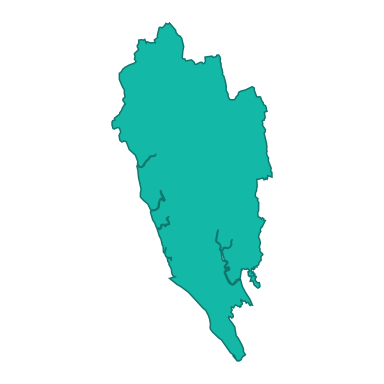 outline of Maungdaw, Rakhine, Myanmar
{"feature_id": "60261553B63127450973926", "entity_name": "Maungdaw", "entity_type": "district", "adm_level": 2, "iso_a3": "MMR", "parent_name": "Myanmar", "parent_adm1": "Rakhine", "projection": "natural_earth1", "projection_center": [92.495, 20.966], "detail": "fine", "context": "isolated", "style": "filled", "palette": "teal", "viewbox_px": 384, "rotation_deg": 0, "n_neighbors": 0, "source": "geoboundaries", "source_scale": "gbopen_adm2", "svg_char_len": 6033}
<svg xmlns="http://www.w3.org/2000/svg" viewBox="0 0 384 384"><path d="M252.2,86.7L245.6,89.9L240.3,91.3L238.7,92.4L237.9,95.3L236.3,96.6L235.2,98.9L234.0,99.8L229.8,99.6L228.2,96.7L228.0,93.8L226.0,90.0L226.3,86.6L225.5,82.2L223.8,76.1L222.5,74.8L222.7,72.9L222.2,69.9L221.1,66.7L221.0,63.4L220.1,61.1L220.5,59.1L219.8,56.6L218.6,55.0L217.0,55.0L216.1,56.7L213.3,57.4L212.0,56.1L205.0,57.1L205.4,61.4L204.5,63.3L203.2,63.8L202.2,62.4L200.3,62.3L196.1,64.4L195.0,64.3L194.2,62.3L191.6,59.9L185.8,60.9L184.8,58.9L182.6,58.6L182.3,57.5L182.8,50.9L183.7,46.7L181.7,38.4L180.1,36.2L178.0,35.2L176.0,32.4L175.6,30.2L169.5,23.0L168.9,23.8L167.5,24.0L165.9,23.4L164.7,25.5L162.2,27.9L160.3,27.2L159.2,27.6L157.4,35.3L157.5,37.6L154.3,40.0L155.3,42.7L150.1,42.9L147.5,41.8L146.8,41.9L146.2,43.0L144.8,39.4L143.5,40.2L141.8,39.7L138.7,40.1L138.8,42.6L138.1,44.5L137.2,45.6L137.3,46.9L138.7,49.5L134.8,53.2L134.3,54.2L135.2,56.5L134.4,58.9L135.9,61.3L135.8,62.0L133.8,63.4L129.7,64.8L125.0,67.4L122.8,69.2L121.4,71.7L119.3,73.4L119.4,79.6L122.5,86.9L124.3,89.7L124.3,93.4L125.1,97.0L123.2,98.6L122.8,100.1L125.2,103.9L125.1,104.6L124.5,104.6L122.2,108.5L121.6,110.4L119.8,112.7L119.6,114.2L114.4,118.2L114.9,120.0L113.0,120.5L112.1,121.6L112.0,124.9L113.0,128.5L114.2,129.0L117.5,127.5L119.5,128.2L120.7,131.9L119.0,135.5L119.9,140.3L121.8,142.0L124.6,140.9L126.3,141.8L129.3,149.6L135.4,155.2L137.8,161.6L137.5,163.7L139.1,166.3L140.4,166.9L142.3,166.5L145.3,161.8L148.9,158.1L149.9,156.2L153.1,155.9L155.7,154.7L155.4,155.6L154.7,156.1L150.3,156.8L149.1,159.0L145.6,162.3L144.0,165.7L141.8,167.4L139.3,167.2L137.8,165.5L137.3,165.4L136.9,166.1L137.9,170.4L138.5,177.3L141.1,189.3L140.4,192.9L140.4,196.9L143.4,200.3L147.8,203.9L150.7,210.0L155.1,209.8L157.4,208.1L158.3,206.6L158.6,202.7L160.4,198.5L161.8,198.6L163.8,200.1L160.6,193.1L160.5,190.7L161.2,191.0L161.2,192.3L164.9,199.6L164.9,200.5L164.3,200.9L163.3,200.9L161.8,199.4L160.4,199.8L159.5,202.2L159.1,207.0L158.1,208.5L155.4,210.3L151.5,210.9L150.7,211.4L150.5,212.3L152.7,219.9L154.8,223.1L156.5,227.6L158.5,228.3L160.5,228.0L161.0,225.0L161.7,224.4L163.5,224.4L165.4,225.9L165.9,224.2L169.0,224.0L168.9,222.5L166.7,219.7L166.5,218.9L166.7,218.1L169.1,216.3L167.3,218.9L169.3,222.1L169.4,224.4L167.3,224.7L165.3,226.5L163.0,224.8L162.3,224.8L161.7,225.4L161.4,227.9L160.6,228.9L159.8,229.4L157.2,229.2L159.4,236.2L160.9,238.9L162.3,245.1L163.0,246.1L163.5,252.3L163.9,252.7L164.4,252.1L165.2,250.5L165.6,248.2L166.0,248.1L164.7,253.3L165.6,255.9L166.6,257.2L169.6,257.7L170.9,257.3L171.4,257.8L171.3,260.9L170.6,258.5L168.3,258.0L167.2,258.2L167.9,261.7L169.0,262.5L168.9,264.4L171.2,268.7L171.9,273.6L172.9,275.7L175.1,276.8L169.6,278.4L176.9,284.4L181.0,286.7L188.5,292.3L203.3,308.4L205.8,310.4L208.4,315.5L209.7,319.4L210.5,324.5L210.1,327.7L210.4,329.0L212.6,332.1L218.5,337.7L221.6,340.0L230.4,352.6L234.4,355.6L235.6,358.0L235.2,358.1L233.2,355.4L233.0,355.8L237.2,360.9L238.3,361.0L238.6,360.5L239.4,360.8L240.6,360.1L241.4,359.2L241.7,357.9L243.9,355.6L244.6,355.6L245.4,354.8L243.5,351.7L243.4,348.8L242.0,345.3L238.1,338.0L236.2,335.8L234.6,326.3L233.5,325.5L233.1,324.3L229.7,319.9L228.5,317.4L228.7,316.7L229.3,317.1L229.7,316.6L230.4,316.7L231.7,318.0L233.0,317.3L233.3,316.3L232.8,314.3L230.8,312.2L232.2,310.1L231.5,309.0L231.2,307.2L231.8,306.9L233.5,307.9L235.1,305.3L235.7,304.9L238.3,306.4L239.5,306.4L239.9,307.2L240.9,306.6L240.9,305.2L242.2,304.3L242.4,303.2L240.6,300.8L241.0,299.7L242.5,301.1L245.2,301.1L246.3,303.2L247.6,302.3L248.4,302.6L249.6,305.1L250.3,305.5L251.1,304.9L252.4,305.1L249.8,299.1L245.5,292.5L242.3,286.4L240.6,279.8L238.4,280.4L233.3,285.0L231.9,284.9L229.6,283.5L227.9,281.2L224.4,272.9L224.4,271.6L225.6,270.3L228.5,269.7L229.0,268.4L225.4,268.8L224.4,267.8L224.6,266.1L227.1,262.6L225.8,261.4L223.6,261.2L222.8,260.7L222.0,258.4L221.1,251.4L219.6,249.5L220.6,246.2L219.3,244.1L216.3,242.1L215.8,240.3L217.3,231.8L218.3,229.5L216.3,241.7L218.5,242.6L220.0,244.2L221.0,247.4L220.2,249.6L221.4,250.7L222.8,249.3L223.4,247.8L224.3,247.4L228.1,247.9L229.6,247.2L231.3,244.5L230.9,241.9L232.3,239.2L231.3,242.1L231.7,244.6L230.4,246.9L228.2,248.4L224.7,248.1L223.8,248.5L221.9,251.6L222.9,253.9L224.4,260.1L226.7,260.9L227.8,262.1L227.6,263.5L226.0,265.1L224.9,267.4L225.3,268.1L228.5,266.7L229.5,268.2L229.5,269.4L229.0,270.2L225.0,271.8L228.5,279.6L231.7,284.1L233.3,283.8L236.5,279.8L240.2,278.4L241.3,269.9L241.9,270.1L242.0,268.8L246.6,269.4L247.7,268.5L249.5,270.5L249.2,271.5L248.2,271.5L247.9,272.1L248.4,272.8L248.2,274.8L248.6,275.7L249.8,276.6L250.4,276.0L251.7,276.3L250.2,281.3L252.9,281.0L254.1,284.9L257.5,287.8L258.0,288.1L259.6,287.1L260.0,286.0L259.3,282.7L257.4,282.7L255.2,280.3L255.4,278.2L256.4,277.0L255.5,276.0L254.6,276.4L253.4,275.6L254.9,274.2L253.7,273.6L253.7,272.8L252.1,273.1L252.9,271.9L251.5,271.8L251.1,271.2L251.7,268.4L252.2,268.3L252.5,269.4L253.3,269.7L254.7,268.8L253.6,267.9L253.9,267.0L255.1,267.3L255.6,266.6L256.9,267.0L256.7,265.8L258.1,265.2L258.9,263.9L258.9,262.5L261.1,260.3L260.9,256.6L262.8,254.7L262.6,253.9L260.8,252.4L259.8,250.4L260.0,248.9L259.3,247.0L260.4,243.0L259.5,239.1L258.5,237.2L259.3,233.7L260.8,231.4L260.3,230.5L260.9,227.5L262.0,227.1L265.3,220.5L263.8,220.4L263.8,218.9L262.3,217.8L261.3,219.0L260.1,217.5L258.1,216.7L257.7,212.4L258.6,210.9L258.7,202.5L257.5,200.6L257.9,198.6L255.5,196.7L255.3,195.4L255.6,192.6L256.6,190.7L256.6,188.3L257.2,186.8L256.8,179.4L259.4,179.1L262.1,178.0L262.7,178.5L263.4,178.3L264.0,179.8L265.3,179.4L265.8,178.1L267.0,179.3L267.6,178.1L267.6,175.6L272.0,177.1L271.9,172.3L270.6,171.3L271.2,168.3L268.3,161.0L268.5,157.9L267.0,155.6L266.5,152.9L267.1,151.1L266.5,149.7L266.9,147.1L266.5,143.5L264.1,133.2L265.0,132.3L265.5,129.8L262.3,125.0L262.8,124.1L262.3,120.6L264.3,120.1L264.3,118.9L265.2,117.8L264.3,112.2L267.1,111.3L266.4,109.6L266.3,107.9L265.4,105.6L263.7,104.8L263.2,102.7L261.8,100.9L260.5,97.0L259.0,96.7L258.0,97.2L256.5,96.4L254.1,89.6L254.2,88.0L252.2,86.7Z" fill="#14b8a6" stroke="#0f766e" stroke-width="1.5"/></svg>